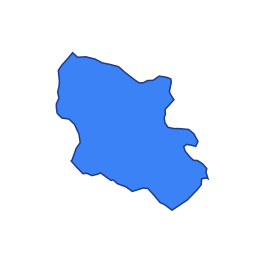 outline of Halmstad, Halland, Sweden, rotated 49°
{"feature_id": "70781695B21714207094800", "entity_name": "Halmstad", "entity_type": "district", "adm_level": 2, "iso_a3": "SWE", "parent_name": "Sweden", "parent_adm1": "Halland", "projection": "natural_earth1", "projection_center": [13.027, 56.773], "detail": "fine", "context": "isolated", "style": "filled", "palette": "blue", "viewbox_px": 256, "rotation_deg": 49, "n_neighbors": 0, "source": "geoboundaries", "source_scale": "gbopen_adm2", "svg_char_len": 1155}
<svg xmlns="http://www.w3.org/2000/svg" viewBox="0 0 256 256"><g transform="rotate(49 128 128)"><path d="M119.0,63.5L115.1,65.6L109.3,70.4L108.5,77.8L105.0,82.1L103.9,86.7L101.2,90.0L96.1,91.4L84.1,93.8L75.6,94.9L68.3,99.8L62.0,104.7L54.3,107.7L46.6,113.1L41.5,119.7L34.8,120.4L36.1,128.1L37.2,137.0L38.8,142.8L47.6,149.0L51.4,152.8L54.7,157.5L60.1,160.5L62.8,166.3L65.6,168.7L70.5,171.8L77.1,171.4L82.5,166.7L90.2,166.0L100.6,169.1L107.7,173.7L109.3,180.3L115.4,191.1L115.5,192.5L123.6,192.5L132.9,192.0L135.2,188.7L140.2,186.5L143.0,181.2L143.7,178.2L150.7,176.6L156.5,175.2L157.3,173.3L163.1,172.5L171.2,168.1L178.6,166.4L180.2,162.9L183.3,155.8L186.7,152.7L194.9,152.5L205.3,152.7L210.0,150.6L218.9,148.7L221.2,130.6L220.0,115.9L218.8,109.9L214.6,105.8L217.3,101.4L218.8,100.9L212.6,98.2L210.3,95.2L204.1,95.2L198.3,96.8L195.2,99.8L190.5,100.3L183.2,100.1L178.6,98.2L178.9,94.4L182.4,91.6L186.3,88.9L184.0,84.0L175.4,82.1L168.9,83.2L164.6,87.3L161.5,90.3L158.8,93.5L153.8,97.4L148.7,96.8L144.1,94.1L142.2,90.8L138.3,87.8L136.8,74.8L131.4,74.0L127.8,73.1L123.6,67.6L121.7,65.1L119.0,63.5Z" fill="#3b82f6" stroke="#1e3a8a" stroke-width="1.5"/></g></svg>